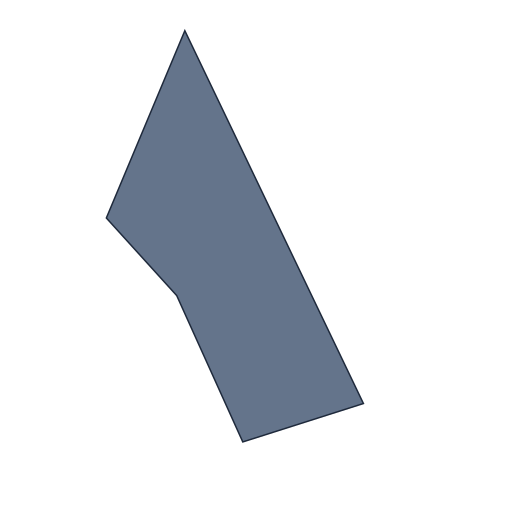 Birgu, Robinson projection, rotated 205°
{"feature_id": "MLT-5951", "entity_name": "Birgu", "entity_type": "state/province", "adm_level": 1, "iso_a3": "MLT", "parent_name": "Malta", "parent_adm1": "", "projection": "robinson", "projection_center": [14.523, 35.888], "detail": "fine", "context": "isolated", "style": "filled", "palette": "slate", "viewbox_px": 512, "rotation_deg": 205, "n_neighbors": 0, "source": "natural_earth", "source_scale": "10m", "svg_char_len": 253}
<svg xmlns="http://www.w3.org/2000/svg" viewBox="0 0 512 512"><g transform="rotate(205 256 256)"><path d="M230.6,278.0L96.3,167.7L189.4,81.9L311.1,186.6L407.7,227.2L415.7,430.1L230.6,278.0Z" fill="#64748b" stroke="#1e293b" stroke-width="1.5"/></g></svg>